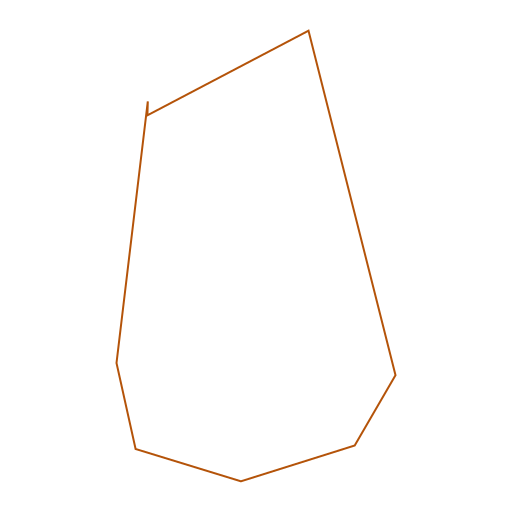 map outline of Saint Mark (Robinson projection)
{"feature_id": "DMA-1438", "entity_name": "Saint Mark", "entity_type": "Parish", "adm_level": 1, "iso_a3": "DMA", "parent_name": "Dominica", "parent_adm1": "", "projection": "robinson", "projection_center": [-61.362, 15.223], "detail": "fine", "context": "isolated", "style": "outline", "palette": "amber", "viewbox_px": 512, "rotation_deg": 0, "n_neighbors": 0, "source": "natural_earth", "source_scale": "10m", "svg_char_len": 234}
<svg xmlns="http://www.w3.org/2000/svg" viewBox="0 0 512 512"><path d="M395.5,375.2L354.7,445.5L240.9,481.3L135.6,449.0L116.5,363.0L147.8,101.4L147.4,115.3L308.5,30.7L395.5,375.2Z" fill="none" stroke="#b45309" stroke-width="2"/></svg>